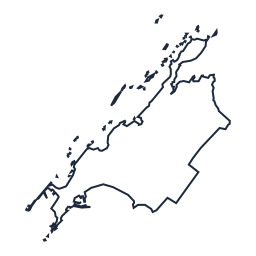 Akraneskaupstaður, Vesturland, Iceland
{"feature_id": "244011B30892314657027", "entity_name": "Akraneskaupstaður", "entity_type": "district", "adm_level": 2, "iso_a3": "ISL", "parent_name": "Iceland", "parent_adm1": "Vesturland", "projection": "mercator", "projection_center": [-22.054, 64.332], "detail": "fine", "context": "isolated", "style": "outline", "palette": "slate", "viewbox_px": 256, "rotation_deg": 0, "n_neighbors": 0, "source": "geoboundaries", "source_scale": "gbopen_adm2", "svg_char_len": 5766}
<svg xmlns="http://www.w3.org/2000/svg" viewBox="0 0 256 256"><path d="M203.0,75.5L201.7,75.7L198.6,81.2L193.5,81.3L192.8,79.7L194.6,77.4L194.2,76.0L193.1,76.6L189.1,82.3L183.7,81.0L179.7,81.8L176.6,84.8L176.8,86.6L174.6,91.3L170.5,94.3L173.9,90.3L173.2,88.7L174.0,86.7L172.3,86.6L171.2,84.1L172.2,83.8L172.5,82.1L174.2,82.0L174.4,79.4L176.5,76.1L176.1,72.4L176.5,71.3L178.8,67.9L179.0,66.6L180.3,65.5L179.3,64.5L182.8,62.0L191.0,60.6L196.1,58.3L201.1,52.9L205.6,46.1L206.0,41.8L207.8,39.2L203.9,40.5L197.3,38.7L194.4,39.7L191.8,39.1L190.3,42.1L187.8,43.7L183.1,51.0L181.2,51.6L179.2,54.8L179.6,55.0L178.3,58.3L176.8,60.3L174.3,61.7L173.0,60.0L170.8,61.4L171.5,63.1L171.4,64.2L170.6,64.4L169.5,66.8L170.6,68.5L170.8,70.7L170.8,74.4L170.1,76.8L162.7,83.8L162.4,84.6L163.0,87.2L151.2,101.5L149.5,102.5L149.0,105.9L146.3,107.8L137.7,117.0L140.9,117.8L141.4,120.4L142.6,121.4L141.3,124.1L138.8,124.9L138.7,123.7L134.4,121.0L126.9,126.1L123.4,124.4L124.9,122.5L125.2,121.2L124.8,120.8L120.0,123.0L119.0,125.1L114.0,128.3L108.2,135.9L107.6,142.7L108.5,145.0L106.9,148.2L102.0,150.8L99.5,150.4L97.9,148.1L93.4,149.6L89.5,148.1L86.8,149.1L74.4,164.7L73.8,167.2L75.1,169.1L72.9,175.3L66.0,186.4L59.2,188.8L56.0,187.6L52.5,184.6L49.6,185.5L51.3,182.7L51.0,182.5L36.8,199.2L38.6,198.4L43.4,192.0L47.0,198.4L44.2,191.2L47.2,188.1L48.9,188.4L51.2,190.7L52.2,189.5L53.4,190.3L54.6,192.2L53.1,193.6L53.5,194.4L55.6,192.9L58.2,195.9L58.7,196.9L57.0,200.1L51.3,208.5L54.9,212.1L55.6,216.2L57.3,217.9L56.6,221.9L54.7,224.0L56.2,226.1L61.9,220.4L61.1,219.8L60.9,218.2L62.1,215.9L67.5,210.8L66.2,210.8L66.1,209.5L68.0,206.8L69.9,206.9L70.3,207.8L73.5,206.0L81.7,207.6L90.4,207.0L86.1,206.6L85.6,205.1L81.1,206.4L74.4,204.5L75.4,202.5L79.2,203.4L81.2,202.2L79.1,202.9L73.8,201.6L74.7,198.1L79.0,195.6L81.2,198.7L80.7,196.5L82.9,196.2L84.2,201.8L85.0,201.7L84.7,198.7L85.8,196.6L84.7,192.1L91.3,187.8L103.3,184.3L113.0,187.1L128.1,194.9L133.9,201.0L134.0,203.0L132.9,204.5L133.7,207.9L137.9,204.9L145.1,204.9L151.3,209.0L152.7,212.0L156.4,210.3L167.5,197.8L176.1,203.1L198.4,172.1L188.8,164.6L192.9,158.2L200.7,148.0L219.6,128.0L225.5,129.2L228.2,124.7L229.7,123.8L229.8,120.9L218.9,111.1L218.2,108.6L215.6,105.0L214.3,101.0L213.3,100.1L213.7,98.3L212.6,91.2L213.7,87.8L212.0,84.7L213.4,81.8L214.7,81.0L214.6,78.4L213.5,77.4L213.9,74.7L209.8,75.3L208.2,77.9L203.2,76.6L203.0,75.5ZM111.1,105.6L114.3,102.8L121.2,91.3L115.7,96.9L111.1,105.6ZM145.6,81.4L148.7,80.7L150.5,78.1L152.9,77.0L154.0,74.0L148.1,77.3L145.6,81.4ZM29.7,210.0L31.9,205.6L35.9,200.1L34.7,200.6L28.6,209.4L28.6,210.5L29.7,210.0ZM165.2,49.2L167.4,46.0L167.8,44.6L166.9,44.2L163.7,49.0L165.2,49.2ZM213.1,35.8L216.2,34.5L216.7,32.5L216.5,30.8L213.1,35.8ZM142.3,86.8L140.5,85.9L138.0,88.1L138.6,88.4L142.3,86.8ZM55.4,228.5L56.6,226.6L55.9,226.3L53.7,228.9L54.4,229.9L56.1,228.7L55.4,228.5ZM71.6,164.9L74.5,161.6L74.3,161.1L72.5,162.0L71.4,164.1L71.6,164.9ZM157.0,22.5L157.8,19.7L156.4,20.4L155.8,22.5L157.0,22.5ZM197.9,28.5L198.4,27.1L198.2,26.2L197.4,26.6L196.4,29.1L197.9,28.5ZM90.4,144.5L88.5,144.5L87.5,146.0L87.7,146.7L90.4,144.5ZM124.2,87.9L125.2,85.8L125.0,85.3L122.9,87.7L124.2,87.9ZM75.6,140.1L76.2,138.1L74.2,140.6L74.4,140.8L75.6,140.1ZM161.0,17.3L162.0,15.5L161.4,15.4L160.0,16.3L161.0,17.3ZM131.6,87.7L132.1,86.5L130.0,87.3L130.2,88.0L131.6,87.7ZM71.1,171.9L73.1,170.7L71.9,170.5L71.1,171.9ZM45.5,240.3L44.9,239.3L43.9,239.8L44.3,240.6L45.5,240.3ZM163.2,65.4L162.6,64.3L161.8,64.9L162.4,65.8L163.2,65.4ZM52.4,231.2L52.1,230.2L51.4,230.5L51.9,231.9L52.4,231.2ZM157.1,72.2L156.3,71.5L155.8,72.7L156.3,73.0L157.1,72.2ZM198.6,30.9L198.0,30.1L197.5,31.2L198.1,31.5L198.6,30.9ZM173.8,52.3L174.3,51.0L173.3,52.1L173.8,52.3ZM68.2,176.9L69.5,175.9L69.0,175.8L68.2,176.9ZM29.7,205.7L28.4,205.6L28.3,206.4L28.8,206.6L29.7,205.7ZM186.7,34.4L187.3,33.7L186.2,33.7L186.7,34.4ZM134.8,118.6L134.5,117.9L133.8,119.1L134.1,119.4L134.8,118.6ZM48.1,236.7L48.1,235.5L47.3,236.4L48.1,236.7ZM93.1,142.2L92.8,141.3L92.0,141.7L92.6,142.6L93.1,142.2ZM104.0,129.5L103.8,128.5L103.0,128.9L103.5,129.9L104.0,129.5ZM184.4,38.4L184.4,37.6L183.6,37.9L183.6,38.6L184.4,38.4ZM27.2,209.5L26.6,208.9L26.2,209.9L26.6,210.1L27.2,209.5ZM182.4,44.1L182.8,43.1L181.8,43.3L182.4,44.1ZM108.4,123.6L109.5,122.9L109.8,122.4L108.4,123.6ZM68.6,156.3L68.2,155.5L67.7,155.8L68.2,156.7L68.6,156.3ZM177.9,46.4L177.0,45.9L176.7,46.5L177.4,46.8L177.9,46.4ZM163.9,61.9L163.6,61.2L162.8,61.8L163.3,62.3L163.9,61.9ZM122.7,89.5L122.4,88.8L121.7,90.0L122.1,90.2L122.7,89.5ZM181.0,44.3L180.8,43.7L180.1,44.0L180.5,44.7L181.0,44.3ZM111.1,122.3L111.4,121.3L110.5,121.5L111.1,122.3ZM70.5,153.2L69.8,152.8L69.4,153.5L70.1,153.8L70.5,153.2ZM191.1,37.3L190.8,36.6L190.0,37.1L190.8,37.7L191.1,37.3ZM165.4,59.6L165.9,58.7L165.0,58.9L165.4,59.6ZM208.9,36.6L208.1,36.2L207.9,37.1L208.3,37.3L208.9,36.6ZM53.6,226.0L53.3,225.5L52.6,225.7L53.0,226.5L53.6,226.0ZM166.8,59.7L167.4,58.5L166.4,59.2L166.8,59.7ZM144.6,89.5L144.5,88.3L143.7,88.9L144.2,89.6L144.6,89.5ZM53.2,229.4L52.4,228.6L52.1,228.9L52.4,229.4L53.2,229.4ZM185.6,41.2L185.0,41.0L184.5,41.5L185.2,42.0L185.6,41.2ZM165.9,61.3L166.3,60.5L165.5,60.7L165.9,61.3ZM70.5,149.0L69.8,148.4L69.6,149.0L70.2,149.4L70.5,149.0ZM147.3,74.2L146.9,73.3L146.6,74.1L146.9,74.4L147.3,74.2ZM146.3,75.8L146.0,75.2L145.5,75.6L145.7,76.3L146.3,75.8ZM53.8,224.5L53.3,223.8L53.0,224.5L53.4,224.9L53.8,224.5ZM185.9,36.4L186.0,35.3L185.3,35.8L185.9,36.4ZM51.1,226.6L51.4,225.8L50.6,226.2L51.1,226.6ZM57.2,177.0L56.7,176.1L56.5,176.9L57.2,177.0ZM148.4,72.3L148.2,71.7L147.6,72.1L147.9,72.7L148.4,72.3ZM104.7,127.6L104.8,126.5L104.3,126.8L104.7,127.6ZM68.2,155.1L68.6,154.2L67.9,154.3L68.2,155.1ZM170.9,56.6L170.7,55.7L170.2,56.3L170.9,56.6ZM77.9,137.6L77.7,136.9L77.1,137.2L77.4,137.9L77.9,137.6Z" fill="none" stroke="#1e293b" stroke-width="2"/></svg>